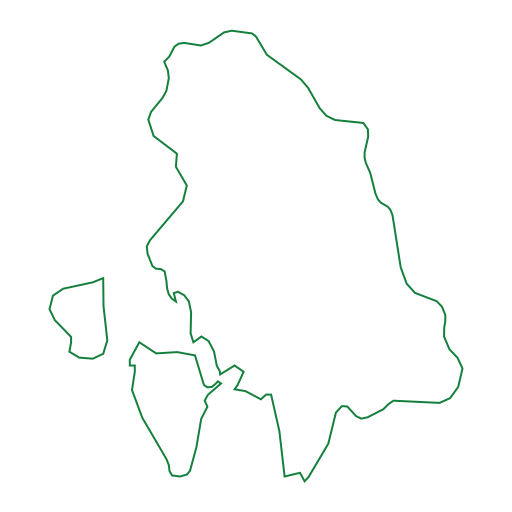 SVG path tracing the border of Carbonia-Iglesias
{"feature_id": "ITA-5371", "entity_name": "Carbonia-Iglesias", "entity_type": "Province", "adm_level": 1, "iso_a3": "ITA", "parent_name": "Italy", "parent_adm1": "", "projection": "mercator", "projection_center": [8.512, 39.219], "detail": "fine", "context": "isolated", "style": "outline", "palette": "green", "viewbox_px": 512, "rotation_deg": 0, "n_neighbors": 0, "source": "natural_earth", "source_scale": "10m", "svg_char_len": 1913}
<svg xmlns="http://www.w3.org/2000/svg" viewBox="0 0 512 512"><path d="M304.6,481.3L300.0,472.8L284.6,476.5L279.4,431.3L271.1,394.6L266.1,394.6L260.9,399.3L245.4,391.1L234.6,389.3L237.6,385.0L243.6,371.8L234.6,365.5L220.2,374.4L219.8,371.2L216.8,365.8L214.0,351.4L208.6,341.1L201.4,336.5L193.4,342.3L190.6,333.4L191.1,312.4L188.9,301.5L184.3,295.3L177.9,291.8L173.8,293.1L175.9,301.5L171.8,298.6L168.8,294.3L167.1,288.4L166.4,280.8L164.6,271.4L160.6,269.0L155.9,268.7L152.4,266.0L147.5,253.6L146.8,246.3L150.1,240.1L183.0,201.3L186.8,185.5L175.9,166.8L176.9,153.7L153.6,136.0L148.3,119.6L151.1,111.8L162.6,97.8L166.4,90.8L168.8,78.2L168.0,70.8L164.2,61.7L169.2,56.7L174.5,46.6L178.6,43.7L184.3,42.9L200.9,45.5L208.9,42.8L224.1,32.4L231.7,30.7L251.9,33.4L255.9,36.4L266.9,54.8L301.0,79.5L308.2,88.0L319.6,108.1L326.4,115.8L335.0,120.0L363.4,123.0L367.9,129.4L368.2,136.7L364.6,152.3L364.6,158.1L366.0,163.3L370.3,173.1L375.4,193.4L378.0,199.5L380.8,202.7L387.6,206.6L390.3,209.6L392.5,215.2L400.7,267.3L406.6,283.6L415.0,292.9L436.7,301.2L441.9,306.6L445.3,314.9L445.3,321.1L444.2,327.6L444.1,336.6L449.4,349.2L457.5,357.8L462.5,368.5L458.2,387.0L450.0,398.2L439.5,402.9L393.4,400.7L388.5,404.1L383.4,409.2L367.6,417.3L361.1,418.6L356.1,416.1L347.3,406.5L341.9,406.1L335.9,412.6L328.3,443.7L308.5,477.1L304.6,481.3ZM202.5,380.3L203.9,384.9L207.3,387.3L211.7,387.0L216.0,383.5L216.6,382.7L217.9,381.4L221.0,383.5L207.9,394.8L204.7,400.5L207.4,406.7L201.2,418.9L196.3,447.7L190.0,470.8L187.0,474.5L180.0,476.5L172.0,475.4L169.5,471.0L168.8,465.0L166.4,459.0L142.3,417.8L132.0,390.0L134.8,371.8L134.8,365.5L129.8,365.5L129.8,359.7L139.3,342.3L156.2,353.4L177.2,352.1L195.0,355.4L202.5,380.3ZM103.2,278.1L103.5,305.9L107.3,340.4L103.2,353.8L92.8,358.7L79.1,357.6L69.4,351.7L71.1,342.3L71.1,336.9L54.8,320.1L49.5,309.1L53.0,295.6L63.2,288.7L92.9,282.3L103.2,278.1Z" fill="none" stroke="#15803d" stroke-width="2"/></svg>